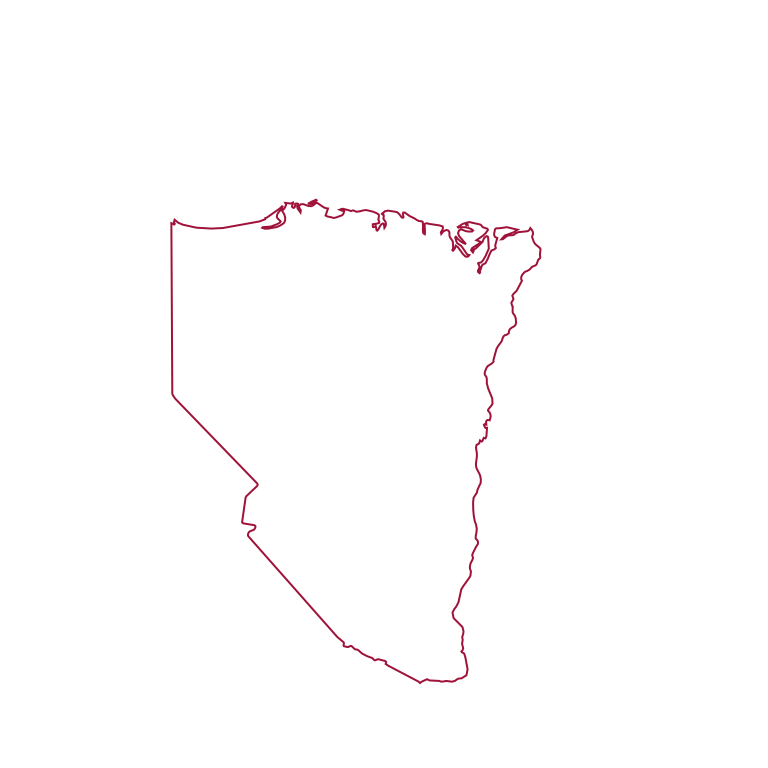 an SVG outline of South Carolina, rotated 225°
{"feature_id": "USA-3545", "entity_name": "South Carolina", "entity_type": "State", "adm_level": 1, "iso_a3": "USA", "parent_name": "United States of America", "parent_adm1": "", "projection": "albers", "projection_center": [-80.855, 33.625], "detail": "fine", "context": "isolated", "style": "outline", "palette": "rose", "viewbox_px": 768, "rotation_deg": 225, "n_neighbors": 0, "source": "natural_earth", "source_scale": "10m", "svg_char_len": 6167}
<svg xmlns="http://www.w3.org/2000/svg" viewBox="0 0 768 768"><g transform="rotate(225 384 384)"><path d="M648.1,347.4L645.1,348.4L645.2,349.3L647.1,350.0L648.2,352.1L643.6,352.5L638.9,354.4L627.3,361.8L615.9,371.9L608.2,380.4L587.0,410.9L584.5,416.5L585.3,417.4L584.5,418.9L581.8,434.5L581.8,437.6L581.1,437.7L580.2,435.7L580.0,430.9L579.4,428.5L578.2,426.6L576.7,425.9L572.1,425.9L571.7,424.5L572.6,421.4L575.4,415.2L580.6,409.2L580.6,408.3L578.1,409.5L575.9,411.8L571.0,418.9L569.8,421.6L569.0,424.5L568.6,427.3L569.6,429.8L571.8,432.0L574.5,433.4L578.3,434.4L578.6,435.5L578.5,437.1L578.8,438.6L579.7,441.0L580.3,441.7L581.9,442.2L577.5,445.7L576.7,447.9L575.7,446.9L574.8,444.6L573.9,444.2L572.3,444.7L572.2,446.0L573.1,447.5L574.3,448.7L573.3,450.0L572.1,450.6L571.2,448.3L569.2,447.0L564.3,446.2L565.6,448.0L568.1,448.6L570.1,449.6L569.8,452.4L568.1,454.2L563.2,456.5L561.0,458.5L560.3,460.9L560.2,463.2L559.4,464.8L551.5,466.3L549.3,467.3L547.7,468.5L544.4,461.8L542.4,462.5L538.9,464.8L537.2,465.6L535.9,467.4L533.0,473.5L532.9,475.0L533.5,476.6L534.8,478.7L535.4,477.6L536.3,476.8L538.6,475.9L537.7,477.9L536.9,478.9L531.5,482.1L529.7,482.8L528.8,484.7L528.3,485.1L525.3,486.3L523.2,489.0L521.5,492.0L519.6,494.4L513.6,498.1L510.2,499.5L507.7,500.1L506.4,499.3L504.2,496.2L502.2,495.5L501.4,494.5L502.4,492.4L504.9,489.0L502.9,487.2L502.2,487.6L501.7,488.6L501.6,489.5L501.8,490.0L497.8,487.4L497.2,487.7L497.4,489.6L498.5,493.0L498.8,495.1L498.3,496.8L497.2,497.0L494.1,494.7L494.5,496.6L495.7,498.4L497.3,499.6L501.3,500.5L503.0,502.7L504.6,503.7L504.9,503.6L505.0,502.8L505.8,502.8L505.5,506.8L503.7,509.5L497.2,514.2L496.0,514.8L493.2,514.9L489.2,514.3L488.2,514.9L488.2,515.8L490.8,517.5L491.6,518.9L490.5,519.9L484.6,520.9L479.4,522.7L477.0,523.1L474.3,524.0L472.8,525.5L471.2,526.0L468.5,523.7L464.9,519.9L462.8,518.4L461.1,518.8L462.5,520.5L467.8,525.2L468.4,525.4L468.5,525.7L468.1,526.9L467.3,528.0L465.1,529.3L457.0,535.3L453.9,536.9L452.4,535.7L451.7,534.4L451.1,531.5L449.6,530.6L449.9,532.8L449.6,535.2L448.6,537.2L446.9,538.0L445.1,537.6L443.0,535.5L441.2,534.4L436.2,533.5L432.0,529.8L431.1,528.7L430.3,527.0L429.5,527.0L429.5,528.6L429.8,530.1L431.1,532.6L428.3,533.0L420.2,531.7L416.7,531.7L415.6,532.3L414.7,533.6L414.8,535.5L416.8,534.4L426.8,536.3L431.5,535.4L433.0,535.7L437.3,538.0L437.3,539.0L434.2,538.8L430.9,539.0L427.7,539.7L425.0,540.9L435.4,541.7L438.2,542.9L439.5,545.4L439.0,547.9L434.1,550.0L431.4,552.1L429.5,554.3L429.6,555.6L431.7,555.3L434.7,554.0L437.5,552.3L441.4,548.3L441.9,547.2L442.8,547.2L441.5,553.0L440.3,555.2L438.2,554.6L438.2,555.3L437.3,555.6L439.4,556.9L438.2,558.8L428.9,564.7L427.7,565.0L425.0,564.7L420.7,566.9L419.4,566.4L418.8,562.8L418.8,559.3L420.3,551.0L416.3,552.8L415.7,552.1L417.8,542.5L417.1,540.2L414.1,539.9L414.6,541.3L415.6,540.9L415.8,541.4L416.4,541.8L415.3,543.3L414.9,545.1L414.8,554.2L416.2,557.4L416.4,558.8L416.0,561.2L414.7,561.6L413.2,560.6L405.6,553.8L402.7,546.4L401.4,541.4L401.3,538.6L402.9,536.3L402.6,535.6L401.2,535.4L399.4,534.5L398.4,532.8L397.9,531.0L396.9,529.8L394.8,529.9L394.8,530.7L396.1,532.0L398.6,537.2L398.6,538.1L397.7,541.2L399.2,546.0L401.3,550.9L402.4,554.2L401.1,557.4L401.1,559.3L402.8,560.1L403.7,561.2L407.2,567.4L409.2,566.5L410.9,566.9L412.3,568.0L414.9,571.9L414.8,573.3L411.8,576.6L408.1,581.7L398.6,587.6L399.7,582.7L403.6,574.3L403.3,569.3L402.3,570.5L401.7,575.7L400.9,577.2L397.8,580.8L397.3,584.1L396.2,586.6L391.1,592.8L390.3,594.2L390.1,595.8L390.8,597.7L388.4,597.5L386.3,596.8L384.6,595.4L383.9,593.6L383.1,592.6L378.5,590.4L376.1,589.9L369.5,590.4L368.5,589.8L365.2,585.7L362.9,583.9L362.6,582.9L362.9,581.2L360.6,576.1L360.9,574.6L362.2,571.5L362.0,568.0L362.6,565.3L363.5,563.5L363.7,561.9L363.5,559.1L362.6,556.7L361.2,555.2L359.5,554.6L356.1,543.6L356.2,539.4L355.7,537.2L352.6,535.7L352.1,534.3L351.5,531.6L350.8,531.1L348.4,529.8L347.9,529.9L343.9,525.8L342.9,525.3L339.5,524.7L337.2,523.5L333.8,520.6L332.7,518.4L332.8,516.5L333.5,514.4L333.8,511.8L333.1,509.9L331.6,508.0L332.3,505.0L333.0,504.1L333.2,502.3L332.5,500.2L331.4,498.3L330.8,496.2L330.3,492.2L329.3,488.4L323.6,478.4L322.3,477.2L322.3,474.6L323.3,470.1L322.9,467.8L321.8,465.1L320.5,462.8L319.1,461.8L316.6,461.4L314.9,460.3L311.8,457.2L307.2,454.5L297.4,450.4L293.5,447.0L292.9,445.1L292.3,439.8L291.6,438.7L289.1,438.5L287.1,437.7L285.3,436.1L283.6,433.0L285.2,432.0L285.6,430.6L284.8,429.1L282.9,427.6L284.5,426.7L284.5,425.8L282.4,424.9L281.2,424.7L280.2,425.9L274.6,419.4L273.8,417.3L275.4,416.5L274.1,413.2L274.4,412.2L276.2,412.0L274.7,409.2L275.5,406.3L273.9,404.0L269.5,400.8L267.2,398.6L262.6,392.6L260.3,390.6L258.1,389.5L252.8,387.9L250.4,386.7L247.9,384.9L245.7,382.4L243.2,375.5L241.5,372.8L240.2,366.9L237.2,363.2L231.9,358.1L227.2,354.2L223.0,351.3L219.4,349.6L216.0,347.2L213.5,344.2L211.6,341.3L209.8,339.5L207.6,339.5L205.8,338.8L204.5,337.2L203.7,333.7L201.4,326.8L200.5,325.3L198.0,323.9L197.1,322.0L195.9,318.2L193.9,315.3L192.5,314.1L189.9,312.9L188.1,310.4L187.4,309.8L186.8,307.9L184.9,296.5L184.1,293.4L177.0,282.3L175.6,277.9L175.1,274.3L173.9,270.8L169.3,267.7L156.6,267.6L153.1,265.5L151.4,263.5L149.7,260.3L147.4,258.7L145.1,255.5L141.1,253.1L140.3,251.5L140.1,249.6L139.3,249.4L136.7,250.1L133.1,248.2L123.2,241.4L119.8,236.4L121.0,230.8L122.9,228.5L123.4,227.4L123.9,224.3L125.4,221.6L130.1,218.0L131.2,216.2L133.0,214.1L135.2,212.9L142.2,206.6L144.8,205.7L147.0,199.7L147.1,198.0L149.1,198.0L181.4,187.9L184.9,187.2L185.8,188.9L187.2,189.0L193.2,185.5L193.9,184.8L194.8,182.5L195.5,181.9L198.6,181.9L203.3,179.7L208.9,177.9L214.5,177.6L217.2,175.8L221.1,175.8L222.0,175.5L222.5,175.0L223.2,173.0L223.7,172.3L226.8,170.3L227.6,170.4L229.0,172.3L229.9,172.8L238.2,172.1L372.2,180.4L373.1,180.7L374.0,181.6L374.7,183.4L374.7,184.8L372.9,189.1L373.2,190.8L373.9,192.1L374.7,192.7L375.8,192.5L384.9,186.0L386.2,185.7L386.9,186.3L401.6,205.9L402.0,207.5L401.6,222.3L401.9,223.1L402.6,223.8L403.4,224.0L521.2,226.0L524.5,226.6L526.7,227.3L648.1,347.4ZM564.5,459.0L564.4,461.0L562.3,466.3L561.5,466.3L561.5,463.8L562.0,461.3L563.1,459.4L564.8,458.2L565.1,458.4L565.0,458.8L564.5,459.0Z" fill="none" stroke="#9f1239" stroke-width="2"/></g></svg>